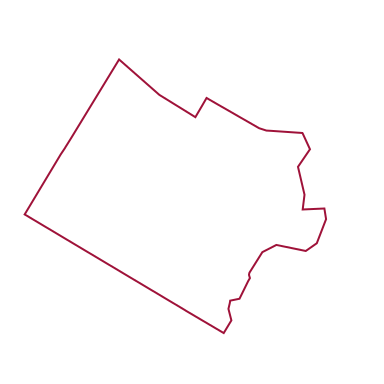 Forsyth, North Carolina, United States of America, rotated 210°
{"feature_id": "52423323B50145770853492", "entity_name": "Forsyth", "entity_type": "district", "adm_level": 2, "iso_a3": "USA", "parent_name": "United States of America", "parent_adm1": "North Carolina", "projection": "equal_earth", "projection_center": [-80.334, 36.117], "detail": "fine", "context": "isolated", "style": "outline", "palette": "rose", "viewbox_px": 384, "rotation_deg": 210, "n_neighbors": 0, "source": "geoboundaries", "source_scale": "gbopen_adm2", "svg_char_len": 713}
<svg xmlns="http://www.w3.org/2000/svg" viewBox="0 0 384 384"><g transform="rotate(210 192 192)"><path d="M325.7,88.9L139.3,86.2L137.5,86.1L94.0,85.7L93.7,100.5L102.0,109.0L103.7,114.6L103.8,114.9L104.4,116.5L104.6,117.0L97.5,123.3L98.8,142.9L98.8,146.4L101.1,148.6L101.3,148.9L101.7,150.1L101.9,150.9L101.0,175.1L92.5,188.3L64.0,197.8L58.3,210.0L62.3,235.5L69.1,243.9L87.4,232.2L93.2,245.9L112.8,266.8L111.2,288.0L125.2,297.9L125.9,298.3L128.0,297.3L130.4,296.1L153.5,284.8L158.3,282.4L165.8,280.8L212.8,280.7L226.4,280.7L226.4,275.4L226.4,272.0L226.5,258.5L268.9,259.8L321.4,270.3L323.6,179.4L323.9,170.3L324.0,168.1L324.0,166.4L324.5,159.0L325.7,88.9Z" fill="none" stroke="#9f1239" stroke-width="2"/></g></svg>